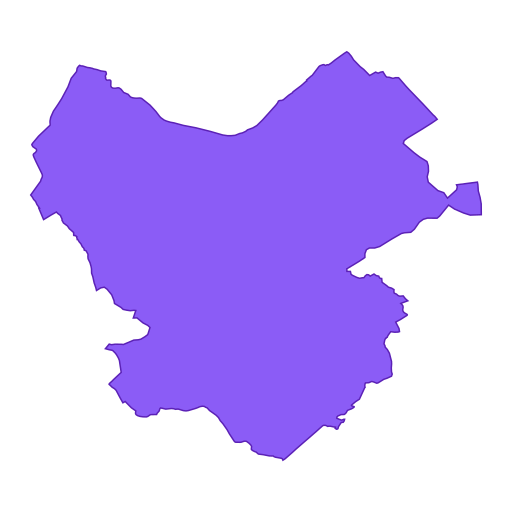 Baile Govora, Vâlcea, Romania (Robinson projection)
{"feature_id": "2599482B27172768373600", "entity_name": "Baile Govora", "entity_type": "district", "adm_level": 2, "iso_a3": "ROU", "parent_name": "Romania", "parent_adm1": "Vâlcea", "projection": "robinson", "projection_center": [24.185, 45.08], "detail": "fine", "context": "isolated", "style": "filled", "palette": "violet", "viewbox_px": 512, "rotation_deg": 0, "n_neighbors": 0, "source": "geoboundaries", "source_scale": "gbopen_adm2", "svg_char_len": 5937}
<svg xmlns="http://www.w3.org/2000/svg" viewBox="0 0 512 512"><path d="M282.9,460.2L285.1,458.8L292.5,452.3L296.3,448.8L316.9,430.9L322.6,425.8L323.3,425.4L325.0,425.3L326.0,425.5L327.7,426.4L328.9,426.2L330.3,426.2L334.1,427.0L335.3,427.1L335.6,427.2L335.1,428.2L336.4,429.2L337.6,429.0L338.0,428.5L338.5,426.6L341.1,422.7L341.7,422.4L343.2,422.3L344.2,420.9L344.6,419.3L343.7,419.3L342.6,419.8L341.2,420.1L339.7,419.4L338.8,419.2L338.0,418.7L336.9,418.4L336.7,418.1L337.1,416.7L338.2,415.8L339.6,415.3L340.8,414.6L343.8,414.5L344.4,414.4L345.5,413.5L346.3,412.5L347.4,410.5L348.4,410.0L351.6,408.8L353.4,407.7L354.1,407.1L354.1,406.6L351.9,405.9L351.5,405.6L351.5,405.1L355.7,401.6L359.4,399.2L364.8,387.5L365.1,387.2L364.9,386.9L364.8,385.4L365.0,384.1L365.3,383.1L365.6,382.9L368.8,382.7L371.3,381.6L371.8,381.5L373.2,381.8L376.7,383.2L377.2,383.1L378.2,382.8L383.8,379.3L387.1,378.2L391.5,376.2L392.2,374.1L391.5,371.8L391.3,367.9L391.6,364.0L391.5,361.4L389.4,353.2L387.3,349.5L385.1,347.0L385.1,346.1L384.8,345.4L384.0,343.8L384.3,342.3L384.8,339.9L385.6,338.3L386.0,338.3L386.5,337.6L387.3,337.2L387.5,336.4L388.3,335.0L390.7,331.7L394.6,332.2L397.4,332.1L398.4,332.0L399.5,331.6L399.0,328.5L395.7,322.1L400.5,319.5L407.1,315.3L407.3,314.8L407.1,314.4L404.7,313.0L403.9,312.4L403.2,311.5L402.7,310.1L403.1,307.2L402.9,305.9L402.1,304.7L400.8,303.4L407.8,300.8L405.4,298.7L403.2,295.9L399.7,296.2L398.0,295.5L396.5,294.1L394.3,293.2L393.9,292.0L394.0,289.6L391.6,288.1L388.4,287.2L386.9,285.8L382.1,282.3L381.7,278.5L380.5,278.4L379.5,277.8L378.7,276.1L376.2,275.6L374.0,274.0L370.2,276.1L368.6,274.8L366.9,274.6L365.3,275.8L363.9,277.7L362.2,277.8L359.6,278.3L356.8,277.4L352.4,275.3L351.0,274.2L350.4,271.4L346.9,271.4L346.8,268.8L358.9,261.5L364.9,257.5L364.9,253.7L366.4,249.7L369.4,248.0L374.7,248.0L379.7,246.5L391.8,239.0L401.4,233.5L404.3,232.8L410.8,232.3L414.4,229.2L419.3,222.2L423.3,219.3L427.5,218.1L437.1,218.2L439.7,216.0L448.6,205.1L454.6,209.1L463.6,213.0L470.2,215.1L481.3,214.7L481.2,203.9L480.1,197.5L478.3,191.0L477.9,184.8L477.4,182.1L456.5,184.8L457.3,186.8L456.6,189.8L447.5,198.1L443.8,192.7L437.9,190.6L428.3,182.2L427.2,176.8L428.5,171.3L428.3,165.8L427.0,161.6L419.8,157.1L414.0,152.7L403.3,143.5L404.2,140.6L407.2,138.2L422.2,129.1L431.7,123.1L437.2,119.3L434.8,116.4L432.8,114.6L422.8,103.8L409.2,89.7L405.9,86.1L399.0,78.1L398.4,77.7L397.0,77.7L395.3,77.7L393.7,78.2L392.7,78.3L389.4,77.3L386.7,77.1L385.6,76.0L382.9,71.7L380.4,72.2L378.1,73.2L375.6,72.1L369.7,75.5L363.7,69.4L360.1,66.6L353.6,59.9L351.3,56.2L348.7,53.1L346.8,51.8L344.5,53.2L335.0,60.0L331.3,63.0L328.4,64.9L327.2,64.7L325.3,65.5L323.9,64.6L322.6,64.8L320.1,65.7L319.0,66.5L312.2,75.4L311.0,76.2L306.5,80.1L306.5,80.3L306.8,80.9L305.5,81.8L301.1,85.7L293.0,91.8L292.5,92.7L288.7,95.2L283.4,99.7L281.8,100.4L279.9,100.5L278.5,101.0L277.5,103.0L275.8,105.2L262.7,119.8L256.9,125.5L252.8,127.9L247.4,129.9L246.7,130.6L245.4,131.5L242.4,132.9L239.7,133.5L235.2,135.3L231.0,135.7L227.6,135.7L222.8,135.0L210.3,131.4L195.9,127.8L183.4,125.4L174.1,122.9L170.3,122.2L166.6,121.1L164.2,120.1L161.0,117.8L159.7,116.5L155.9,111.5L150.0,105.1L141.6,98.4L140.0,98.0L136.7,98.2L134.7,98.1L132.7,97.8L131.2,97.3L130.3,96.8L128.1,94.3L123.7,92.5L121.1,89.3L119.4,88.1L118.7,87.8L117.8,87.8L115.5,88.2L113.7,88.2L112.6,88.0L111.5,87.3L110.8,86.1L110.9,81.5L110.8,80.8L110.5,80.4L110.1,80.1L109.4,80.0L107.0,80.2L106.3,79.7L105.5,78.3L105.7,77.4L105.4,76.7L105.4,75.8L106.4,74.0L106.0,72.1L105.6,71.6L100.8,70.9L97.0,69.6L93.6,68.9L92.5,68.4L89.9,67.8L87.5,67.5L82.8,66.0L81.0,65.9L79.7,65.3L78.8,66.0L77.5,67.6L77.1,68.4L76.7,71.0L76.4,71.8L71.2,78.3L68.0,86.8L61.7,98.6L58.0,104.4L53.4,111.2L50.7,117.4L50.0,121.0L50.0,122.6L50.2,124.3L50.0,125.4L48.9,126.3L38.6,136.1L32.4,143.5L31.8,144.7L32.1,145.4L32.9,146.7L36.3,149.1L36.6,150.0L36.5,150.9L36.1,151.6L35.4,152.5L33.9,153.6L33.3,154.4L33.3,155.4L33.9,157.1L36.2,162.1L41.5,172.9L42.2,174.5L42.4,175.7L42.2,177.2L41.1,179.4L40.6,181.2L30.7,195.0L32.4,197.2L33.6,199.4L35.6,201.5L37.0,204.6L39.5,208.1L38.8,208.2L43.6,219.6L51.3,214.9L56.4,212.0L57.7,213.4L60.5,215.5L61.0,216.9L62.0,218.9L62.0,220.3L63.5,223.0L67.5,226.0L69.3,228.7L73.6,232.5L73.7,235.3L74.1,235.6L75.1,235.5L76.8,236.6L76.7,237.6L77.1,238.4L77.2,239.4L77.6,239.3L79.3,242.0L80.9,243.8L82.3,246.7L83.7,248.1L84.1,249.0L84.2,250.1L86.1,250.8L87.8,253.9L88.0,254.6L87.9,256.7L88.1,258.8L90.0,262.7L91.1,266.6L91.5,268.9L91.6,273.2L92.8,276.6L94.2,283.0L95.8,287.6L96.5,290.5L100.7,287.9L104.3,287.2L107.1,289.2L111.7,294.8L114.0,300.6L114.5,303.5L121.0,307.4L123.1,309.4L126.8,310.2L130.2,310.7L134.0,310.3L135.8,310.5L133.3,318.0L137.0,317.9L143.0,322.9L147.8,325.4L150.0,327.5L148.1,333.6L147.6,334.7L144.8,336.8L140.8,339.2L138.1,339.8L133.8,340.1L123.4,344.5L121.7,344.3L115.1,344.2L111.5,344.7L109.2,344.1L105.4,348.7L109.1,349.7L112.2,350.3L112.9,350.7L115.3,353.1L116.7,355.0L118.4,358.0L119.4,360.5L121.2,372.4L113.3,379.8L112.5,380.7L109.3,383.6L109.1,384.4L110.2,385.3L112.1,387.2L114.5,388.7L116.1,390.3L120.3,398.2L122.9,402.8L125.2,401.5L131.4,407.8L135.8,410.9L135.5,413.1L135.7,414.0L136.2,414.7L137.5,415.6L139.9,416.4L142.9,416.8L146.3,416.9L147.7,416.5L150.0,414.9L150.9,414.6L156.6,414.5L157.1,413.3L159.1,411.1L159.9,408.6L160.5,408.0L161.9,408.2L165.7,409.1L171.4,408.5L173.6,408.7L175.6,409.3L177.0,409.1L178.4,409.1L183.3,410.6L186.0,410.9L188.2,410.6L195.3,408.5L197.8,407.6L199.8,406.7L202.4,406.2L204.3,406.4L205.5,407.2L207.2,407.9L209.5,410.5L216.1,415.2L218.5,417.6L220.2,420.6L222.9,423.7L227.1,429.7L229.3,433.7L234.2,441.2L234.9,441.9L235.5,442.2L240.1,442.3L241.2,442.2L244.2,441.2L245.9,441.2L246.7,441.5L249.0,443.2L250.8,445.0L251.3,445.9L251.6,446.5L251.3,449.2L252.2,450.3L254.5,451.5L256.2,452.1L257.9,453.7L258.6,454.1L263.3,454.7L269.3,455.9L273.0,456.0L273.5,456.1L273.9,456.6L275.4,457.2L281.5,458.3L282.4,458.9L282.9,460.2Z" fill="#8b5cf6" stroke="#5b21b6" stroke-width="1.5"/></svg>